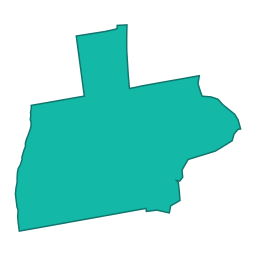 'Eua fo'ou, Eua, Tonga
{"feature_id": "48082658B68963423411416", "entity_name": "'Eua fo'ou", "entity_type": "district", "adm_level": 2, "iso_a3": "TON", "parent_name": "Tonga", "parent_adm1": "Eua", "projection": "natural_earth1", "projection_center": [-174.959, -21.373], "detail": "fine", "context": "isolated", "style": "filled", "palette": "teal", "viewbox_px": 256, "rotation_deg": 0, "n_neighbors": 0, "source": "geoboundaries", "source_scale": "gbopen_adm2", "svg_char_len": 1010}
<svg xmlns="http://www.w3.org/2000/svg" viewBox="0 0 256 256"><path d="M31.2,105.4L31.3,108.3L30.8,111.0L30.5,112.7L30.9,114.7L30.3,119.7L31.1,122.3L31.0,125.9L30.3,129.0L29.2,132.2L27.7,136.3L26.6,138.8L26.2,140.2L25.6,142.3L25.4,143.4L25.4,146.6L23.9,150.3L22.0,156.9L22.0,159.8L20.2,165.2L18.3,168.3L17.5,172.1L17.1,177.8L17.1,182.3L16.0,188.1L15.4,193.9L17.0,207.1L18.1,210.0L17.7,216.9L18.2,222.6L19.3,231.1L124.7,212.2L146.0,208.4L146.4,211.4L157.0,210.1L159.0,210.6L169.3,212.9L170.6,205.9L180.0,200.4L179.2,190.4L178.3,182.7L176.5,180.5L179.7,181.1L182.7,177.2L182.0,170.0L188.1,159.5L215.5,151.0L232.1,140.8L234.1,133.9L238.0,129.4L240.6,129.0L238.1,119.9L234.7,114.3L222.5,104.4L218.1,99.3L211.0,96.9L202.1,96.2L199.6,89.1L198.0,83.5L199.3,75.7L156.4,83.3L156.0,83.4L142.5,85.8L135.2,87.4L129.4,88.5L128.2,74.3L126.8,51.8L126.7,46.9L126.7,36.9L126.9,27.0L127.0,24.9L117.2,25.4L117.0,28.8L105.8,31.4L76.3,36.0L80.3,66.1L84.3,96.1L31.2,105.4Z" fill="#14b8a6" stroke="#0f766e" stroke-width="1.5"/></svg>